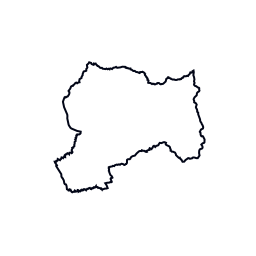 Baraya, Huila, Colombia (Mercator projection), rotated 311°
{"feature_id": "7082276B91973001860083", "entity_name": "Baraya", "entity_type": "district", "adm_level": 2, "iso_a3": "COL", "parent_name": "Colombia", "parent_adm1": "Huila", "projection": "mercator", "projection_center": [-75.008, 3.124], "detail": "fine", "context": "isolated", "style": "outline", "palette": "ink", "viewbox_px": 256, "rotation_deg": 311, "n_neighbors": 0, "source": "geoboundaries", "source_scale": "gbopen_adm2", "svg_char_len": 5802}
<svg xmlns="http://www.w3.org/2000/svg" viewBox="0 0 256 256"><g transform="rotate(311 128 128)"><path d="M152.1,55.6L150.9,55.9L148.7,55.6L147.8,56.5L147.2,57.5L146.3,57.8L145.2,57.8L143.9,58.9L143.4,58.8L141.9,57.6L141.4,57.5L138.9,58.4L138.2,59.1L136.2,59.4L135.2,60.1L133.1,59.4L131.4,60.4L130.7,61.4L129.8,60.7L128.4,60.3L128.5,59.5L128.3,59.1L127.0,58.7L125.5,58.9L124.6,58.5L123.7,58.8L122.9,58.1L121.9,57.8L119.8,58.6L117.0,58.8L116.6,59.5L116.6,60.3L115.9,60.9L114.6,61.5L112.3,61.8L111.8,61.4L110.9,61.3L110.4,61.0L110.2,60.2L109.3,60.0L108.8,60.5L108.0,60.5L105.1,61.7L101.8,66.1L98.3,73.3L97.3,74.4L95.4,75.9L91.6,80.9L91.2,81.7L90.4,84.5L90.5,85.7L92.4,91.5L94.2,94.7L92.8,95.7L92.1,95.7L91.0,95.3L89.9,93.9L89.3,94.2L89.2,93.9L88.5,93.8L87.3,95.0L86.4,94.8L85.9,95.7L84.9,95.6L84.9,96.1L84.4,96.3L83.9,97.0L82.4,96.9L81.1,98.1L80.1,98.4L79.2,99.4L78.2,99.2L77.4,99.6L77.0,99.1L76.4,98.9L76.2,99.4L74.3,100.0L73.4,101.9L72.3,102.1L72.1,102.0L72.3,101.6L72.0,101.0L71.0,100.1L69.6,100.8L69.7,100.0L69.2,98.8L68.0,99.0L67.6,98.4L66.6,98.5L66.4,98.1L65.8,98.1L65.2,99.3L64.8,99.7L64.2,98.6L62.7,98.8L62.7,98.0L62.2,97.7L62.1,97.2L60.7,97.8L60.3,97.6L59.1,97.8L58.5,95.3L58.0,95.6L58.0,96.0L57.1,96.2L56.2,95.9L56.0,95.4L55.5,95.4L55.3,95.7L54.5,94.8L54.0,95.7L53.2,98.9L52.2,98.7L52.1,98.9L49.4,107.9L47.6,109.7L47.1,111.4L47.2,111.9L46.7,112.7L46.4,113.8L44.5,116.2L44.2,117.2L44.7,118.2L44.6,118.5L43.9,119.7L41.7,122.1L42.2,123.4L41.8,123.9L41.9,124.2L42.5,123.9L42.6,124.1L43.2,124.1L43.1,125.4L43.6,125.4L42.8,127.3L42.9,128.1L44.7,128.9L44.6,129.3L44.8,129.5L45.9,128.9L46.0,129.3L45.7,130.3L46.3,130.8L47.5,131.1L48.2,130.7L48.4,131.0L48.4,131.6L47.5,132.5L48.9,133.0L48.9,133.5L49.7,133.6L49.8,133.2L50.6,133.3L50.4,134.1L51.3,134.9L51.7,135.0L52.1,134.5L52.6,134.7L52.6,135.0L52.3,134.9L52.2,135.2L52.8,135.4L53.2,135.2L53.5,135.6L53.5,137.0L53.9,136.8L54.2,137.2L55.3,137.1L55.8,137.8L56.6,137.8L57.8,138.5L57.6,139.4L57.8,139.6L57.5,139.9L57.7,140.3L58.2,140.1L58.9,140.2L59.2,140.5L59.1,140.9L59.6,141.2L59.8,140.8L60.6,141.0L60.5,141.3L61.2,141.5L61.3,142.0L61.6,142.2L63.1,142.0L62.6,142.7L63.0,142.9L63.1,143.8L63.4,143.9L63.2,144.8L63.7,145.0L64.2,146.6L64.4,146.6L64.8,147.2L64.5,147.4L64.6,147.8L64.3,148.0L64.6,148.7L64.5,149.0L65.1,148.9L65.6,149.5L67.1,150.3L68.2,151.5L69.3,152.1L70.7,149.5L71.4,147.1L72.9,148.1L74.4,149.6L76.3,150.4L76.1,150.9L76.4,151.1L76.7,151.1L78.2,148.2L79.0,148.0L80.2,148.9L80.4,148.8L81.0,147.2L81.0,145.5L82.4,142.8L83.1,142.1L83.1,141.6L84.3,140.9L85.0,139.8L85.8,139.2L86.0,139.3L86.1,139.9L87.0,139.9L88.7,141.3L89.5,141.4L90.2,142.6L91.2,142.5L93.0,143.5L93.4,144.4L93.7,144.4L94.6,145.0L94.7,145.6L95.1,146.1L95.5,146.0L96.9,146.7L97.6,148.2L97.6,149.4L98.1,149.8L99.3,149.9L99.7,150.3L101.0,150.1L103.2,148.2L103.6,148.2L104.5,148.5L105.6,149.8L106.4,149.9L107.4,149.5L108.3,149.5L109.7,149.9L111.7,151.3L114.5,151.2L117.6,151.6L118.5,152.1L119.5,153.4L120.3,153.1L120.8,154.5L121.6,155.5L121.5,156.5L121.9,157.5L122.3,157.8L122.6,156.9L124.6,157.8L125.6,158.6L126.4,157.7L127.0,157.6L127.5,159.6L128.4,159.4L129.2,159.5L130.8,159.0L131.6,159.3L131.5,161.0L133.1,161.0L133.8,161.6L134.9,162.2L135.9,161.9L137.6,161.7L138.6,163.2L140.5,164.1L141.3,164.9L141.8,166.4L140.6,166.9L140.3,167.9L141.2,171.2L141.0,172.3L140.1,173.4L139.9,174.3L138.8,175.0L139.0,175.6L138.9,176.6L139.6,177.4L140.3,179.6L139.8,181.0L139.0,182.1L138.8,185.9L139.6,186.6L139.1,187.3L139.0,188.7L139.2,188.9L138.3,191.3L139.5,192.5L141.8,192.4L142.5,192.7L144.6,193.1L145.2,193.7L145.1,194.4L145.6,195.1L147.3,196.3L148.0,196.2L148.7,196.7L149.4,197.7L150.1,199.4L151.0,200.4L154.2,200.0L155.7,198.1L157.5,196.7L158.6,196.3L159.3,196.3L160.9,197.3L161.7,197.3L162.3,197.0L163.0,196.2L163.6,194.2L165.5,194.4L166.5,195.1L167.3,195.1L169.6,193.3L170.9,190.1L170.8,189.6L170.0,189.0L170.0,188.4L170.6,187.2L172.0,185.8L172.2,184.7L174.7,184.1L176.8,184.9L178.0,184.2L179.0,182.5L179.3,181.3L180.1,179.8L180.3,178.7L180.8,177.7L181.8,176.7L184.4,172.0L185.7,170.8L185.5,170.1L185.8,169.4L186.4,169.0L187.4,167.7L187.5,166.9L188.3,165.5L190.7,164.5L191.2,163.0L190.8,161.1L191.8,160.3L192.6,158.8L193.4,158.4L195.0,158.1L197.7,158.4L199.5,157.2L200.7,157.1L202.3,157.6L203.1,157.4L203.6,156.6L204.8,155.6L204.9,155.2L204.4,154.1L204.3,152.0L203.8,151.3L203.8,149.9L204.3,149.1L205.7,148.7L206.5,147.2L208.2,146.3L209.7,144.5L210.7,142.7L213.3,141.0L214.3,139.8L213.1,139.4L212.5,139.8L212.0,139.9L211.2,139.4L210.9,138.6L208.8,139.2L207.6,138.9L206.6,139.2L206.0,138.2L205.0,137.8L204.0,136.4L203.3,136.2L202.3,136.6L201.7,136.1L201.1,136.1L200.7,135.8L199.8,136.0L198.9,135.1L198.6,135.2L197.5,133.8L196.3,133.3L195.2,132.0L194.8,130.8L194.0,130.2L193.2,128.1L193.4,127.6L192.5,126.0L192.9,125.3L192.6,124.9L191.1,125.0L190.2,124.7L187.8,125.9L184.4,125.5L183.3,124.7L183.1,124.3L182.5,124.1L182.2,123.3L182.3,122.1L181.7,121.1L181.1,120.7L180.7,120.9L180.3,120.5L179.1,120.1L178.6,119.7L178.3,119.3L178.4,118.7L177.9,118.2L177.9,117.9L177.6,117.5L176.9,117.3L176.7,115.4L175.7,114.2L175.4,113.5L177.3,112.3L177.4,111.7L177.1,111.0L178.2,110.3L178.1,109.8L178.6,109.0L178.4,108.5L178.9,107.5L179.0,106.3L179.2,105.9L180.0,105.5L179.9,104.9L180.4,104.2L180.0,102.1L179.6,102.0L178.2,100.5L177.7,100.8L177.0,100.6L176.4,98.5L175.6,97.4L175.5,95.6L174.5,94.6L174.4,92.5L173.9,91.6L174.5,90.8L173.4,89.7L173.2,88.7L172.7,88.3L172.7,87.6L172.3,87.5L171.9,86.6L172.4,86.0L172.3,85.7L170.5,83.5L168.8,82.5L166.3,80.3L166.3,78.9L165.0,78.4L163.9,77.4L162.0,77.3L161.6,75.9L160.9,75.4L160.2,75.6L160.0,74.5L159.0,74.1L158.7,72.7L157.8,72.5L156.1,69.9L156.3,68.9L155.2,67.6L155.3,65.1L154.8,64.4L155.1,63.6L154.9,63.3L155.1,62.1L155.4,61.3L154.8,60.9L154.3,60.0L153.5,60.7L153.0,60.5L152.4,58.5L152.9,57.4L152.1,55.6Z" fill="none" stroke="#020617" stroke-width="2"/></g></svg>